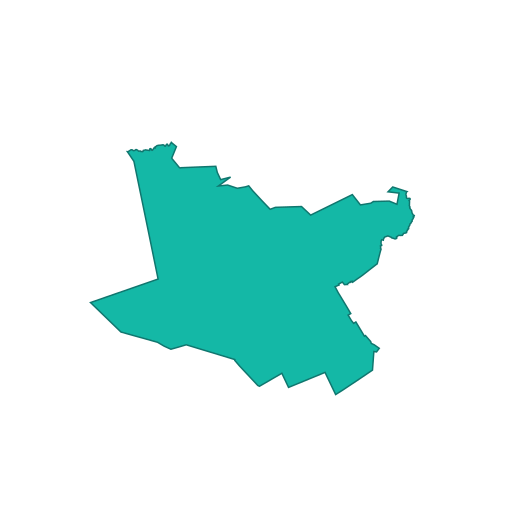 outline of Viesca, Coahuila, Mexico, rotated 141°
{"feature_id": "50627088B90788321268569", "entity_name": "Viesca", "entity_type": "district", "adm_level": 2, "iso_a3": "MEX", "parent_name": "Mexico", "parent_adm1": "Coahuila", "projection": "natural_earth1", "projection_center": [-102.997, 25.187], "detail": "fine", "context": "isolated", "style": "filled", "palette": "teal", "viewbox_px": 512, "rotation_deg": 141, "n_neighbors": 0, "source": "geoboundaries", "source_scale": "gbopen_adm2", "svg_char_len": 5284}
<svg xmlns="http://www.w3.org/2000/svg" viewBox="0 0 512 512"><g transform="rotate(141 256 256)"><path d="M250.3,397.6L250.5,397.5L250.6,397.4L250.9,397.3L251.1,397.2L251.6,397.3L252.6,396.8L253.0,396.6L253.3,396.5L253.5,396.4L254.3,396.4L254.6,396.5L254.7,396.8L254.8,396.9L254.7,397.2L254.6,398.0L254.5,398.5L254.6,398.8L254.8,398.9L254.9,399.0L255.1,399.0L255.3,399.0L256.4,398.7L257.1,398.4L257.4,398.4L257.5,398.4L257.6,398.5L257.8,398.9L257.8,399.4L257.8,400.3L258.0,400.6L258.5,401.1L258.8,401.3L260.1,402.0L260.8,402.5L261.7,403.1L262.2,403.5L262.4,403.6L262.8,403.7L263.1,403.9L263.3,404.0L263.6,404.1L264.6,404.1L264.9,404.0L265.7,404.3L265.9,404.3L266.0,404.2L266.1,403.9L266.1,403.7L266.3,403.5L266.4,403.4L266.5,403.5L267.1,404.1L267.3,404.2L267.7,404.0L268.2,403.9L268.9,403.6L269.4,403.5L269.9,403.4L270.1,403.4L270.3,403.5L270.4,403.8L270.2,404.9L270.2,405.2L270.2,405.4L270.2,405.5L270.3,405.7L270.4,405.8L270.6,406.0L270.9,406.1L271.0,406.1L271.5,405.7L272.2,404.9L272.3,404.9L272.4,405.0L272.7,405.3L273.5,406.4L273.8,406.5L274.1,406.7L274.5,407.3L274.7,407.7L274.9,407.9L275.6,408.2L276.1,408.4L276.5,408.6L276.9,408.9L277.1,409.0L277.3,408.9L277.5,408.6L278.1,408.4L278.3,408.5L278.5,408.5L278.9,409.0L279.1,409.2L279.3,409.3L279.5,409.4L279.5,409.5L279.8,409.8L279.8,410.3L279.9,410.5L280.0,410.6L280.3,410.8L280.8,411.0L281.0,411.1L281.3,411.4L281.3,411.5L281.4,412.3L281.4,412.7L281.5,412.9L281.6,413.1L282.1,414.1L282.4,414.3L283.0,414.2L283.7,414.4L284.4,414.6L284.6,414.7L285.0,415.1L285.2,415.5L285.3,416.1L285.5,416.5L286.0,417.0L286.3,417.2L286.9,417.3L287.5,417.3L287.9,417.4L288.0,417.4L288.3,417.4L289.3,417.6L289.7,417.6L289.9,417.7L290.1,417.8L290.3,418.0L291.3,406.4L323.0,345.1L346.6,299.7L413.9,324.0L408.8,281.9L386.8,250.9L384.1,243.7L380.8,237.1L373.1,233.8L366.1,230.9L337.6,188.8L338.2,188.3L338.0,180.9L336.1,154.3L335.3,152.6L309.7,148.6L313.4,133.4L275.6,122.1L281.3,98.2L272.8,97.2L252.3,95.3L237.3,94.0L224.5,107.6L222.7,105.6L218.3,106.7L220.0,112.6L221.4,115.5L220.9,117.0L220.7,117.3L221.0,125.3L222.2,125.5L219.9,141.9L222.5,142.2L222.5,145.6L221.6,152.1L218.6,151.6L217.2,161.0L215.8,171.2L215.2,175.8L213.9,182.4L209.7,181.2L209.5,182.2L205.3,181.4L205.3,178.1L203.1,176.5L203.1,176.8L198.5,176.5L198.7,175.9L197.2,175.9L197.4,174.8L190.6,174.4L188.7,174.2L184.8,174.0L177.3,173.9L167.8,173.7L166.8,173.6L160.4,178.4L156.9,181.0L154.4,182.7L154.4,183.7L153.6,184.3L153.0,185.5L151.7,185.1L151.4,185.3L151.4,185.6L151.2,186.5L151.0,186.9L150.8,187.3L150.6,187.6L150.3,187.8L149.9,188.2L149.2,189.0L148.0,189.5L147.1,188.2L146.8,188.5L145.5,189.4L145.4,189.4L145.1,189.4L144.6,189.5L144.4,189.6L143.9,189.7L143.7,189.7L142.3,189.1L141.5,188.8L141.1,188.8L140.8,188.5L140.5,188.0L139.4,185.9L139.2,185.6L139.1,185.4L139.2,185.0L139.2,184.8L139.0,184.5L138.5,183.8L138.3,183.5L138.1,183.4L137.7,182.5L137.5,182.2L137.4,182.0L136.8,181.5L136.5,181.4L136.2,181.3L135.7,181.3L135.3,181.3L135.2,181.4L135.1,181.5L135.2,181.9L135.2,182.1L135.1,182.3L134.9,182.4L134.7,182.5L134.2,182.4L133.4,182.3L132.3,182.3L131.9,182.1L130.9,181.1L130.7,181.0L129.9,180.4L129.3,180.0L129.2,179.9L128.5,180.2L128.0,180.3L127.8,180.4L127.6,180.6L127.3,180.7L127.2,180.7L126.9,180.6L126.2,180.3L125.9,180.0L125.6,179.9L124.9,179.6L124.6,179.5L124.3,179.4L124.1,179.5L123.8,180.2L123.7,180.3L123.1,180.4L122.8,180.4L122.5,180.6L122.4,180.6L121.8,180.8L121.5,180.9L121.5,181.0L121.3,181.2L121.3,181.3L121.1,181.3L120.9,181.2L120.8,181.3L120.7,181.2L120.3,181.1L120.2,181.1L119.5,181.9L119.4,182.1L119.4,182.3L119.2,182.5L118.6,182.8L118.0,182.8L117.4,183.0L117.1,183.2L116.6,183.7L116.4,183.9L116.3,184.0L116.0,184.0L115.9,184.0L115.5,183.9L115.3,183.9L114.5,184.3L114.0,184.4L113.7,184.7L113.2,184.7L112.9,184.7L112.8,184.8L112.6,184.9L112.4,185.2L112.3,185.4L112.1,185.7L111.9,185.8L111.3,185.9L110.8,186.0L110.6,186.1L110.3,186.2L110.0,186.4L109.6,186.6L108.9,186.9L108.9,187.1L109.0,187.2L109.2,187.4L109.2,187.5L108.8,187.7L108.2,187.7L107.7,187.6L107.5,187.8L107.6,188.1L108.0,189.0L107.9,189.6L107.9,189.9L107.8,190.3L107.7,190.5L107.6,191.1L107.6,191.4L107.5,191.6L107.2,192.1L107.0,192.4L106.8,192.8L106.6,193.1L106.5,193.5L106.4,193.9L106.5,194.8L106.4,195.5L106.4,196.1L106.4,196.3L106.1,196.7L106.1,196.8L105.8,196.9L105.6,197.0L105.5,197.4L105.5,197.5L105.3,197.8L105.3,198.1L105.2,198.5L105.0,198.8L104.5,199.3L104.0,199.8L103.7,200.2L103.6,200.4L103.5,200.5L103.1,200.9L102.6,201.4L102.5,201.5L102.2,202.4L102.1,202.7L102.1,202.8L101.2,202.8L100.8,202.9L100.4,203.2L100.3,203.3L100.2,203.6L100.2,203.9L100.3,204.1L100.5,204.3L101.9,205.3L102.3,205.7L102.5,206.0L102.5,206.4L102.4,206.5L102.2,207.0L101.7,207.5L101.5,207.8L101.3,208.1L101.3,208.3L101.1,208.8L100.7,209.6L100.5,209.8L100.3,210.0L99.7,210.3L99.4,210.6L98.9,210.9L98.7,211.0L98.4,211.0L98.1,211.0L98.3,211.3L106.3,223.6L113.0,222.8L105.2,214.8L113.9,207.5L117.9,214.8L130.5,224.5L130.8,224.5L133.6,224.8L142.7,230.0L142.5,243.1L187.8,253.4L189.5,265.8L210.3,281.6L215.6,283.4L216.6,295.4L217.5,308.7L217.5,315.1L218.7,315.6L220.7,316.4L227.9,320.4L233.4,329.0L241.2,334.1L226.1,333.3L235.4,337.6L233.5,345.3L230.8,351.0L258.7,371.8L259.4,372.1L259.9,372.8L260.0,384.7L259.7,385.2L249.0,391.1L250.2,396.8L250.3,397.6Z" fill="#14b8a6" stroke="#0f766e" stroke-width="1.5"/></g></svg>